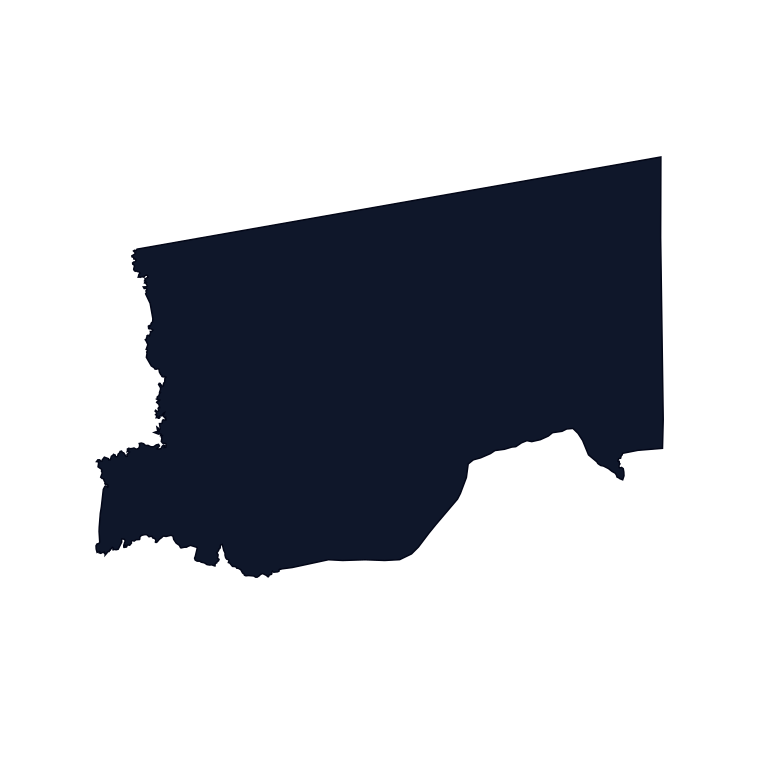 Pegunungan Bintang, Papua, Indonesia, rotated 260°
{"feature_id": "22746128B40289792856685", "entity_name": "Pegunungan Bintang", "entity_type": "district", "adm_level": 2, "iso_a3": "IDN", "parent_name": "Indonesia", "parent_adm1": "Papua", "projection": "natural_earth1", "projection_center": [140.263, -4.495], "detail": "fine", "context": "isolated", "style": "filled", "palette": "ink", "viewbox_px": 768, "rotation_deg": 260, "n_neighbors": 0, "source": "geoboundaries", "source_scale": "gbopen_adm2", "svg_char_len": 6096}
<svg xmlns="http://www.w3.org/2000/svg" viewBox="0 0 768 768"><g transform="rotate(260 384 384)"><path d="M559.5,696.1L559.7,164.2L558.5,163.3L559.0,161.5L558.5,160.4L556.2,162.0L555.1,160.8L554.0,157.9L553.0,157.9L552.4,159.0L551.5,159.5L550.6,159.3L550.0,161.0L548.5,161.2L547.4,159.6L547.6,158.6L546.8,157.4L545.6,157.4L544.7,158.4L543.7,158.8L540.5,157.4L539.2,157.7L538.2,158.6L538.4,159.6L537.6,160.5L537.0,162.3L535.5,162.9L534.5,161.7L531.9,160.5L531.8,161.7L531.4,162.4L531.7,163.5L531.4,164.2L531.7,165.0L530.8,166.2L532.0,167.0L532.6,169.2L531.5,170.0L530.1,170.0L529.0,166.8L528.0,166.9L527.2,166.1L526.5,167.2L525.6,167.6L525.8,166.2L525.1,165.7L524.6,167.0L521.6,168.0L521.0,167.0L521.4,163.8L519.7,164.4L519.3,166.8L517.9,166.9L517.0,165.7L515.3,166.0L514.2,164.9L504.0,167.7L488.5,167.7L485.2,166.9L484.9,165.9L484.0,165.1L483.4,165.4L482.8,164.6L481.8,164.0L482.4,163.1L481.9,162.0L480.2,161.9L480.7,162.7L479.1,162.4L478.7,164.4L477.2,165.8L476.0,164.2L476.3,163.0L475.0,163.0L471.9,161.3L472.7,160.7L473.0,159.9L472.6,158.9L471.4,158.7L470.4,158.0L469.7,158.1L469.0,156.6L468.2,157.1L463.8,158.3L459.4,155.8L458.9,156.8L457.6,156.8L456.7,155.8L455.6,156.0L451.5,154.6L442.2,158.0L440.0,160.4L438.4,161.1L438.1,162.7L438.4,164.2L437.5,165.0L434.7,164.9L431.8,165.9L430.9,166.9L430.0,166.6L429.3,167.8L429.5,169.3L428.6,170.4L427.9,169.3L423.8,168.3L423.1,167.1L420.6,166.5L420.0,164.8L421.6,164.8L421.5,163.7L423.3,163.8L423.7,162.8L422.7,161.9L419.0,163.3L417.3,162.9L414.8,161.5L414.2,162.2L413.5,161.2L411.6,160.3L410.7,158.5L409.7,158.2L408.8,158.5L408.6,157.5L407.7,158.5L407.1,160.3L406.2,159.6L406.1,157.6L405.4,156.9L403.0,158.8L399.8,158.9L400.0,158.1L399.3,157.3L396.9,157.7L396.2,156.9L396.8,155.4L397.8,154.5L397.0,153.9L396.1,154.7L394.3,154.9L393.4,153.7L392.4,154.9L390.4,153.8L390.4,155.2L389.5,155.7L389.3,156.6L389.9,157.4L390.8,156.6L391.4,157.4L391.3,159.4L393.5,161.7L393.9,162.9L392.2,161.8L391.3,160.6L389.4,161.9L389.2,163.1L387.9,162.5L387.3,163.4L386.4,162.9L386.5,161.3L387.2,160.3L386.0,159.2L384.2,158.9L383.8,157.6L384.0,156.0L378.9,155.9L377.6,154.7L379.8,154.0L381.0,152.9L377.6,152.9L376.3,153.8L376.5,150.9L376.2,149.2L373.8,153.2L373.8,154.7L373.1,155.9L371.9,155.0L371.6,156.6L370.4,155.5L369.4,155.9L366.1,154.7L364.2,155.7L363.3,158.8L361.2,158.9L359.5,158.1L359.5,156.5L361.5,157.3L362.2,156.2L361.1,154.7L359.1,153.2L359.1,150.5L359.7,149.2L362.0,152.1L363.7,151.5L363.6,149.2L362.3,146.4L362.4,144.7L362.9,143.2L364.6,140.9L364.6,139.5L365.5,137.8L366.9,137.0L368.0,134.7L367.9,132.6L366.5,132.8L364.6,132.2L363.2,131.1L362.8,128.7L364.4,126.7L364.2,124.8L364.4,122.7L364.0,121.3L365.0,121.4L364.5,120.0L363.2,119.9L362.0,119.3L362.2,120.5L361.2,121.6L359.2,118.7L357.4,118.6L357.5,117.3L361.4,115.7L362.0,114.5L363.5,113.9L363.4,112.4L362.1,111.6L361.1,110.0L359.5,109.3L358.7,108.4L359.2,106.7L360.6,107.0L361.7,105.4L360.8,104.5L360.2,103.0L356.8,101.3L357.1,99.8L358.3,99.7L360.5,95.9L358.1,93.3L357.1,93.0L357.0,91.8L358.7,90.8L359.0,89.0L357.5,87.4L357.0,89.1L355.6,89.2L352.1,88.0L349.2,90.9L348.3,91.2L347.3,90.6L345.3,91.1L341.4,88.8L339.9,90.0L339.3,91.4L337.7,91.5L335.1,92.3L334.4,91.8L333.7,92.1L333.4,93.6L332.8,94.4L330.7,94.6L330.3,93.7L331.4,93.3L332.0,92.4L331.7,91.4L329.0,89.3L312.0,84.3L306.0,82.2L292.5,78.7L288.3,77.8L277.8,76.6L276.9,76.1L276.4,75.2L276.3,73.6L274.7,72.3L271.5,71.9L268.0,72.2L268.6,74.8L268.2,75.0L267.2,74.2L266.4,75.7L267.0,77.4L266.9,78.5L267.2,79.4L266.2,79.7L265.6,79.3L265.0,80.0L264.0,79.7L265.6,81.7L266.7,82.6L266.8,84.2L267.5,84.5L267.9,85.5L268.6,85.6L269.1,86.9L270.3,87.8L270.3,88.3L269.8,88.6L268.9,88.8L268.1,88.3L267.7,88.4L268.0,89.4L267.3,91.4L267.4,93.5L273.9,98.3L275.8,98.5L277.1,99.2L276.1,101.4L275.1,101.8L273.7,101.6L272.2,100.5L271.0,100.6L269.8,101.2L269.8,100.7L270.4,99.7L268.5,99.4L268.2,99.6L268.2,102.1L268.6,102.5L269.3,102.4L270.0,103.6L269.4,105.6L271.2,107.7L272.7,107.6L273.3,108.1L273.3,109.3L272.7,110.7L273.7,112.8L273.3,116.2L273.8,116.6L275.4,116.8L277.0,118.7L277.2,121.9L276.9,123.7L276.5,124.5L274.3,126.1L274.5,127.0L274.3,129.1L272.6,129.5L271.7,131.3L270.4,132.0L269.6,132.1L268.0,131.4L267.5,132.0L267.8,133.1L270.1,135.8L271.3,138.3L272.5,140.0L272.4,141.0L271.7,142.9L272.0,148.1L270.7,149.8L267.5,149.9L263.4,151.7L260.6,154.5L258.2,155.2L257.8,155.7L257.9,158.8L257.6,161.3L258.1,162.5L258.7,165.4L255.7,171.2L254.6,171.5L247.0,168.2L245.4,167.2L243.4,167.5L242.0,169.2L241.5,171.8L240.3,173.0L239.0,176.1L236.9,178.3L236.0,180.8L235.8,183.1L234.4,185.3L234.2,186.0L236.2,186.5L236.7,187.0L236.8,188.1L237.9,188.8L238.6,190.3L240.0,191.1L241.2,189.8L244.6,191.0L247.0,190.0L247.4,190.8L248.8,192.2L250.1,192.6L250.2,193.3L251.0,194.2L253.6,194.9L253.9,195.2L254.1,196.9L247.9,197.3L245.3,198.1L243.0,197.7L240.4,197.9L238.8,198.7L237.9,200.4L237.1,200.7L235.2,199.7L234.5,201.0L230.7,203.1L229.9,206.2L228.1,207.1L227.8,208.5L226.0,210.7L222.5,211.9L220.5,213.6L219.9,213.4L219.1,214.7L218.9,217.3L217.6,222.3L216.0,224.1L215.8,225.6L216.9,228.0L217.9,229.3L218.4,231.6L215.6,235.4L214.7,235.7L214.2,236.5L214.5,237.0L215.8,237.7L216.1,240.0L216.5,240.5L218.1,240.9L219.1,241.6L217.8,242.7L217.5,246.7L218.0,248.2L219.4,248.5L219.7,249.2L219.4,250.2L219.7,250.8L219.2,261.7L220.6,298.8L217.4,312.6L214.2,334.9L210.1,354.0L208.3,368.9L211.9,381.6L217.4,389.5L229.3,402.3L236.5,410.6L257.9,436.4L262.9,440.2L277.6,448.9L290.6,453.0L293.8,458.8L294.5,466.3L297.0,476.8L299.2,481.7L298.8,491.3L299.7,498.9L299.4,502.9L302.2,509.2L303.4,514.9L301.6,519.5L302.0,528.2L304.2,536.8L306.8,541.5L306.5,551.1L308.0,556.1L307.4,562.4L301.7,566.5L293.9,569.8L278.7,573.1L270.4,580.1L268.6,580.8L267.5,581.8L266.1,583.3L265.1,585.9L261.7,590.4L258.4,593.3L256.1,596.1L254.2,597.0L251.8,597.4L251.0,598.7L249.9,599.7L248.2,602.4L251.9,604.4L255.6,604.9L259.1,604.9L260.6,603.5L260.4,601.8L260.7,601.3L262.6,601.0L264.4,602.5L265.3,602.0L267.0,602.2L267.2,601.0L267.5,600.8L269.8,602.2L269.8,604.1L272.2,605.2L272.8,606.2L274.3,606.9L274.6,622.5L272.3,647.1L300.5,652.8L480.3,681.9L559.5,696.1Z" fill="#0f172a" stroke="#020617" stroke-width="1.5"/></g></svg>